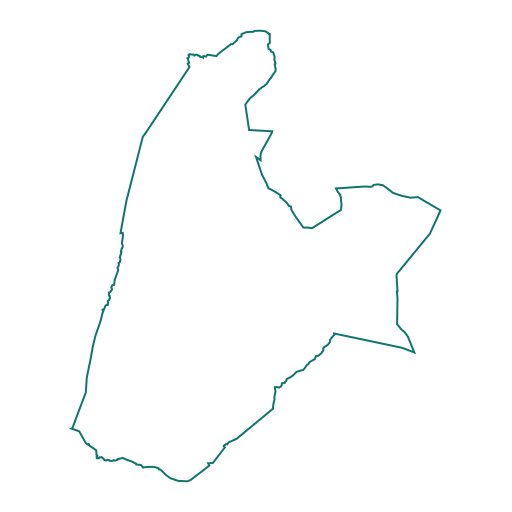 outline of Atarjea, Guanajuato, Mexico
{"feature_id": "50627088B98903395743063", "entity_name": "Atarjea", "entity_type": "district", "adm_level": 2, "iso_a3": "MEX", "parent_name": "Mexico", "parent_adm1": "Guanajuato", "projection": "natural_earth1", "projection_center": [-99.815, 21.277], "detail": "fine", "context": "isolated", "style": "outline", "palette": "teal", "viewbox_px": 512, "rotation_deg": 0, "n_neighbors": 0, "source": "geoboundaries", "source_scale": "gbopen_adm2", "svg_char_len": 5705}
<svg xmlns="http://www.w3.org/2000/svg" viewBox="0 0 512 512"><path d="M71.5,428.6L79.2,431.3L85.8,443.1L87.7,444.4L88.2,444.1L88.5,444.0L89.0,444.5L88.7,445.0L96.2,450.3L96.6,455.5L97.3,455.6L96.9,457.2L96.7,457.3L96.8,458.2L98.7,458.3L98.8,457.8L99.9,457.2L101.0,457.5L101.5,457.1L102.5,457.8L103.1,458.3L103.9,459.3L104.5,460.0L106.2,460.4L106.9,460.1L107.4,459.8L108.3,460.3L109.1,460.1L109.9,460.8L110.3,460.9L110.9,461.1L111.3,460.9L111.7,460.9L112.4,460.8L112.9,460.6L113.5,460.3L113.8,460.2L114.0,460.3L114.1,460.5L114.3,460.5L115.2,460.5L116.2,460.3L116.8,459.9L117.0,459.8L117.8,459.5L118.2,459.4L118.0,459.0L118.4,458.9L119.0,458.7L119.7,458.6L120.3,458.5L121.0,458.5L121.9,458.2L122.2,458.0L122.5,457.9L123.1,458.0L125.3,459.2L126.5,459.5L127.4,460.1L127.5,460.0L132.0,461.6L132.7,462.0L133.0,462.0L133.4,462.3L134.6,463.0L134.9,463.2L135.5,463.4L136.0,463.6L136.2,464.5L139.8,464.8L140.8,464.9L141.7,465.9L142.0,466.2L143.1,467.6L143.8,467.4L146.0,467.1L147.5,467.0L148.9,466.9L149.4,466.9L153.2,466.9L154.6,467.1L155.2,467.2L158.6,468.3L158.9,469.4L160.4,469.6L166.1,475.1L170.5,478.3L175.4,479.8L175.4,480.1L178.6,480.9L187.1,481.3L188.4,480.9L190.5,480.1L204.6,469.3L209.3,465.6L208.1,463.3L212.8,463.0L224.9,447.4L223.8,446.3L223.9,446.1L223.9,445.6L224.9,445.0L224.9,444.9L225.8,444.2L226.6,444.1L227.2,444.4L228.8,442.3L236.6,438.8L273.1,408.6L273.0,408.2L273.2,405.5L273.9,401.6L274.5,399.6L274.4,397.1L275.0,393.5L275.6,391.7L275.0,389.6L274.9,387.2L277.0,387.0L279.0,387.6L280.7,386.6L281.7,385.2L281.9,383.3L282.1,383.2L284.2,383.1L284.8,382.8L285.2,381.8L286.3,381.0L286.6,379.0L290.1,377.4L293.1,375.3L296.6,371.8L302.0,370.2L303.0,370.1L305.1,367.7L306.8,365.0L308.1,364.2L309.7,362.0L314.8,359.1L315.9,356.1L318.1,355.8L319.9,354.5L321.4,353.3L321.9,352.1L322.5,351.6L323.4,350.2L323.1,348.5L324.4,346.8L325.8,346.3L327.9,344.7L330.0,341.9L329.9,340.0L332.6,336.6L334.4,334.7L334.1,333.5L402.1,347.8L414.3,352.4L407.9,336.7L404.6,332.1L401.3,329.4L397.1,324.2L397.5,297.9L397.3,295.9L397.3,295.7L397.0,292.5L396.8,291.4L397.5,291.2L396.5,275.4L396.9,273.8L397.8,272.6L398.8,271.5L429.9,233.7L436.6,219.1L440.5,210.4L428.8,203.5L426.1,202.0L420.8,198.8L417.9,197.1L410.5,197.7L407.3,197.0L402.1,195.9L397.7,194.5L392.8,192.8L389.2,189.8L383.1,185.3L379.8,184.7L378.0,184.4L373.7,184.9L372.9,185.8L372.5,186.3L371.0,186.8L370.4,186.8L365.1,186.5L357.4,187.0L350.0,187.5L341.5,188.1L336.0,188.4L337.1,190.6L338.0,192.1L338.7,192.9L339.6,194.3L339.8,194.8L340.1,194.8L340.0,195.2L340.8,197.1L341.5,205.2L340.9,210.0L337.3,212.2L312.0,228.2L307.1,227.5L304.9,227.6L303.3,227.5L295.2,216.1L291.5,210.0L290.9,206.4L289.1,206.2L287.4,203.6L283.7,200.0L282.3,198.7L280.4,197.6L280.4,197.2L280.3,196.5L280.5,196.0L280.7,195.3L275.8,192.2L269.8,188.8L269.2,188.7L268.7,188.4L268.5,188.2L268.4,188.2L268.3,187.9L268.1,187.5L267.4,185.8L267.3,185.7L267.1,185.3L267.1,185.0L266.6,183.5L262.0,174.8L256.0,156.9L260.6,160.2L260.5,155.9L260.7,153.8L261.5,151.5L266.9,141.8L271.7,133.1L272.2,131.3L249.1,130.0L245.3,104.6L249.1,99.3L250.9,97.5L254.8,94.2L257.1,91.6L258.8,89.8L259.4,89.1L260.8,88.4L261.9,87.3L262.6,86.9L264.1,86.2L264.6,85.6L265.7,84.7L266.8,83.7L267.0,83.2L268.0,82.0L268.2,81.5L269.0,80.4L270.2,78.7L270.3,78.7L270.9,78.1L271.3,77.2L271.8,76.7L273.0,74.4L273.6,73.9L274.8,72.0L275.4,71.5L275.6,69.9L275.6,68.1L275.1,66.7L274.7,64.4L275.5,63.7L275.3,62.8L275.0,62.1L274.7,60.6L274.4,60.1L274.4,59.6L274.4,58.4L274.7,57.4L274.4,55.8L273.7,54.2L273.5,53.5L273.4,52.9L273.3,52.7L273.0,52.3L272.5,52.1L271.0,51.6L270.8,51.1L270.7,50.1L269.7,49.5L268.6,48.9L267.9,44.5L269.8,42.8L269.8,40.4L269.7,39.2L269.8,35.0L269.3,34.6L269.7,34.0L265.3,31.3L260.6,30.7L254.5,30.9L253.0,31.9L249.3,31.9L246.0,32.2L241.5,34.2L241.5,36.3L241.2,36.7L240.4,36.7L239.4,37.0L238.8,37.5L238.1,38.1L237.4,39.1L236.8,40.4L232.5,44.2L231.1,44.1L218.5,53.7L216.4,56.1L210.4,55.1L207.4,54.7L206.0,56.6L203.4,56.1L203.1,57.2L202.9,56.9L202.7,57.2L202.2,57.3L201.3,57.1L200.5,57.0L200.0,56.9L199.9,56.7L199.8,56.4L199.7,56.1L199.7,55.9L199.0,55.6L198.2,55.6L198.0,55.4L197.8,55.1L197.4,54.9L196.7,54.7L196.1,54.7L195.7,54.7L195.4,54.9L195.3,55.0L195.0,55.3L194.8,55.5L194.7,55.6L194.4,55.6L194.2,55.3L193.8,54.7L193.5,54.5L193.3,54.5L192.8,54.6L192.4,54.6L192.0,54.5L191.2,54.4L190.6,54.3L190.2,54.2L189.6,54.2L189.2,54.3L188.8,54.6L188.4,54.9L188.2,55.1L187.9,55.2L187.7,55.2L187.8,55.2L188.4,55.3L188.8,55.5L189.1,55.6L189.0,56.3L188.8,57.6L188.5,57.9L187.5,58.2L189.1,62.8L187.7,63.7L189.5,67.0L146.1,132.3L142.8,136.8L140.2,147.0L129.1,190.4L128.1,194.3L126.5,200.4L123.3,217.8L120.5,233.2L122.7,232.9L122.6,234.0L123.1,234.8L121.9,243.4L122.7,245.4L122.8,246.3L122.2,248.2L121.8,248.3L121.3,250.1L121.0,250.9L121.0,251.7L121.4,252.0L121.1,252.4L121.3,253.1L120.6,255.1L120.5,254.9L120.4,255.1L120.4,255.7L120.2,256.1L119.7,257.3L120.1,257.8L120.4,259.1L120.3,260.4L119.5,262.6L118.6,263.0L118.9,264.7L118.7,265.3L118.7,265.5L118.4,266.0L118.5,266.3L118.3,266.8L117.5,267.6L117.7,268.6L118.3,269.8L114.7,280.0L114.1,284.9L112.4,285.2L112.2,285.3L112.0,285.6L111.3,287.3L111.7,288.0L112.0,289.4L111.6,290.3L111.0,290.7L111.1,291.0L110.4,291.9L110.2,292.2L109.0,292.4L108.8,294.9L109.1,295.7L109.5,295.7L109.7,295.8L109.8,296.5L110.0,298.0L109.6,298.9L109.4,299.0L109.3,299.3L109.4,299.8L109.0,300.2L108.0,301.0L107.8,301.4L108.1,303.3L108.0,303.5L107.8,303.6L107.9,304.9L107.1,305.2L106.5,305.0L105.4,305.8L105.0,306.6L104.6,308.1L104.5,308.3L104.3,309.0L104.1,309.2L102.6,309.6L102.4,309.8L102.8,310.6L103.2,311.1L103.3,311.1L102.5,313.1L100.8,320.0L100.1,322.3L95.4,335.9L92.6,347.5L90.8,358.1L86.8,377.5L85.8,392.6L77.2,415.2L72.4,428.2L71.5,428.6Z" fill="none" stroke="#0f766e" stroke-width="2"/></svg>